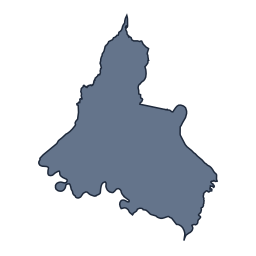 El Banco, Magdalena, Colombia (Natural Earth projection)
{"feature_id": "7082276B17236838711216", "entity_name": "El Banco", "entity_type": "district", "adm_level": 2, "iso_a3": "COL", "parent_name": "Colombia", "parent_adm1": "Magdalena", "projection": "natural_earth1", "projection_center": [-74.016, 9.144], "detail": "fine", "context": "isolated", "style": "filled", "palette": "slate", "viewbox_px": 256, "rotation_deg": 0, "n_neighbors": 0, "source": "geoboundaries", "source_scale": "gbopen_adm2", "svg_char_len": 5724}
<svg xmlns="http://www.w3.org/2000/svg" viewBox="0 0 256 256"><path d="M183.9,240.6L184.8,237.8L186.0,235.2L188.7,233.2L190.2,232.4L191.5,231.2L192.2,230.2L192.7,228.8L192.8,227.8L191.9,225.3L193.4,224.6L194.2,224.5L195.6,224.8L196.7,224.2L197.4,223.4L197.7,222.7L197.9,220.9L198.3,219.9L199.6,218.6L200.5,217.4L200.4,216.5L198.7,215.4L198.5,214.8L199.9,213.1L200.4,212.9L200.8,212.2L201.4,209.8L201.1,208.5L201.3,207.7L202.4,207.4L203.4,205.8L203.4,204.1L203.8,203.5L203.9,201.5L204.1,200.8L203.7,199.6L203.9,198.2L203.4,197.3L203.3,196.6L203.3,195.7L203.7,194.7L203.5,193.8L204.3,192.7L206.4,190.8L207.5,191.1L208.3,191.9L208.7,192.0L209.1,191.9L209.7,191.3L210.3,191.0L211.7,190.9L211.9,189.5L211.7,189.1L211.1,188.8L210.2,189.2L209.9,189.0L210.1,187.6L210.4,186.7L210.4,185.9L210.7,185.9L211.3,186.3L212.3,186.2L213.6,187.4L214.0,187.1L214.3,186.3L214.0,185.4L213.2,184.7L213.0,184.0L212.3,183.7L211.0,182.4L210.9,181.9L211.4,181.3L212.2,181.1L213.0,181.3L213.9,180.5L215.2,181.5L216.3,181.2L216.9,181.4L217.2,181.2L216.5,179.3L216.6,175.0L216.4,174.5L215.8,173.6L214.6,172.7L213.4,171.0L212.7,169.7L211.2,167.7L209.6,166.3L207.5,165.2L206.3,164.0L204.7,163.0L202.0,159.9L197.5,156.2L195.4,153.9L193.7,152.7L191.9,150.8L187.0,146.8L185.2,144.6L180.3,135.2L180.1,134.1L180.2,126.8L181.2,125.5L182.3,123.1L185.5,117.6L186.6,113.5L186.6,111.1L185.6,107.9L184.4,106.7L183.0,105.8L180.7,105.1L178.6,105.2L176.9,106.3L175.5,107.9L172.8,111.9L172.1,111.8L171.7,111.7L169.8,110.2L167.4,109.9L167.6,109.8L167.2,109.3L166.4,109.6L166.2,109.6L166.2,109.2L166.1,109.6L165.8,109.7L164.8,109.3L164.6,109.4L139.8,104.2L140.0,103.3L140.5,102.5L141.7,101.7L142.6,99.5L142.3,98.9L141.8,98.4L140.8,98.0L140.6,97.4L140.6,94.7L138.8,93.9L138.7,90.5L138.1,87.8L138.4,85.9L139.1,84.6L139.5,84.1L140.0,84.1L140.6,83.2L142.4,81.4L143.5,80.8L144.7,79.3L145.7,77.2L146.1,73.7L146.0,71.9L145.8,69.8L144.9,66.7L146.0,65.6L147.7,63.2L147.9,62.5L148.0,60.6L148.1,60.4L148.6,60.3L148.3,59.7L148.2,58.1L148.0,57.5L147.8,55.2L147.4,54.5L147.2,53.6L147.5,52.1L148.6,48.7L148.0,48.2L146.3,47.3L143.2,44.2L141.7,41.1L141.0,41.0L139.6,41.5L137.6,40.9L133.7,40.9L131.9,39.9L131.1,37.6L129.4,36.7L128.9,37.1L128.8,36.9L129.1,36.5L128.7,36.4L128.8,36.2L128.6,36.0L128.7,35.9L127.6,34.8L127.1,34.1L127.0,32.6L126.8,31.7L125.9,30.1L125.8,29.4L125.8,28.9L126.3,28.0L125.9,27.7L126.5,27.4L126.3,26.9L126.0,26.8L126.1,26.7L125.9,26.2L126.5,25.9L126.9,27.2L127.1,27.2L127.3,27.1L127.6,26.1L127.5,18.9L127.3,17.4L126.8,15.4L125.4,18.3L124.8,20.8L124.6,23.0L123.2,25.0L122.4,27.0L122.2,28.1L121.7,29.6L120.6,31.1L118.9,32.3L118.3,35.1L116.9,35.3L116.2,36.3L115.8,36.5L115.7,36.8L114.2,37.6L113.6,37.7L113.1,38.5L112.8,39.4L112.3,39.8L108.7,41.6L108.0,43.2L106.8,44.8L106.1,45.2L105.6,46.1L105.2,46.3L104.1,50.9L103.5,52.1L102.3,53.8L102.0,55.9L101.4,56.9L100.7,59.4L100.7,60.9L100.2,62.4L100.3,63.2L100.1,63.6L100.6,64.6L101.0,66.3L101.2,67.2L101.4,67.9L100.7,68.6L100.5,69.0L100.6,69.5L100.2,70.6L100.2,71.5L100.4,71.8L100.3,73.1L99.9,74.1L99.7,74.2L99.7,74.7L99.4,74.8L98.4,74.6L98.3,75.0L97.8,75.2L97.6,76.1L96.4,77.0L96.2,77.5L95.3,78.0L95.0,79.1L94.7,79.5L94.8,80.4L94.2,80.5L93.8,81.8L93.9,82.3L93.7,82.4L93.7,82.9L93.1,84.5L92.7,85.0L92.3,84.8L92.2,85.2L91.8,85.2L91.7,85.5L90.9,85.1L90.8,85.4L90.2,85.1L88.9,85.4L88.7,85.8L88.0,85.8L87.8,86.5L87.3,86.6L87.1,86.8L87.2,87.0L87.1,87.4L87.0,87.5L86.7,87.2L86.0,87.2L85.8,86.4L85.0,86.4L84.8,86.1L84.4,86.1L84.2,85.4L83.9,85.3L83.4,85.6L83.2,86.7L81.3,88.5L80.8,91.8L81.4,93.0L81.5,94.3L81.2,95.7L82.0,98.8L81.8,99.1L80.7,98.7L79.8,99.2L80.0,100.1L79.7,102.6L79.1,102.6L78.7,102.4L78.6,102.9L78.0,103.0L77.7,103.4L76.9,103.7L76.8,104.0L77.0,104.9L78.2,105.3L78.5,112.4L77.6,119.1L75.8,121.3L75.2,122.6L75.2,123.7L75.5,124.4L75.2,125.5L72.3,129.1L69.8,131.6L67.1,133.6L66.1,134.0L61.9,137.9L58.5,140.6L56.8,143.6L43.2,154.8L39.9,158.3L40.1,158.8L40.0,159.6L38.8,162.0L38.9,163.6L39.7,165.0L41.1,165.8L42.4,166.2L46.6,166.5L47.9,167.1L48.4,167.6L48.5,168.2L48.0,170.7L47.9,173.4L48.4,174.8L49.1,175.3L50.6,175.6L52.2,175.3L53.2,174.7L54.8,173.2L56.9,171.9L58.2,171.3L59.3,171.2L59.6,171.8L59.9,174.4L60.5,175.7L62.6,177.4L66.6,179.3L67.1,179.9L67.1,181.1L66.4,182.3L65.4,182.8L64.4,182.9L61.5,182.2L60.2,182.1L58.5,182.5L57.1,183.2L56.1,184.3L55.5,185.5L55.5,187.7L56.0,189.1L57.7,190.5L59.0,191.0L61.0,191.2L62.3,190.9L63.7,190.0L64.8,188.6L65.3,187.7L65.8,185.4L66.3,184.5L67.7,183.9L69.4,183.9L69.9,184.4L70.7,186.7L71.2,189.2L72.5,191.5L72.7,192.9L73.2,194.1L74.1,195.2L75.0,195.7L75.5,196.8L75.9,197.3L76.8,197.8L77.9,198.0L78.8,197.9L80.6,197.0L83.3,193.2L85.8,191.9L87.3,192.2L89.1,193.9L90.5,194.8L94.2,196.1L95.6,196.0L95.5,195.8L98.7,194.4L99.9,193.5L100.3,192.7L100.7,188.5L101.2,185.9L101.9,184.1L103.1,182.7L104.9,181.9L105.4,182.0L105.9,182.8L106.1,183.7L105.9,186.3L106.2,187.6L107.1,189.6L107.6,190.3L109.5,191.9L112.2,192.6L113.2,192.4L114.6,191.2L116.4,189.1L118.1,188.6L118.9,188.8L120.1,189.5L120.9,190.6L121.4,192.5L122.1,194.0L123.9,196.4L124.0,196.2L125.0,197.3L129.0,200.3L129.2,200.9L129.0,201.7L128.1,201.9L127.1,201.7L125.5,200.7L123.9,200.1L122.5,200.1L121.7,200.3L121.0,200.8L120.0,202.4L119.7,204.3L120.2,206.6L121.2,208.6L121.8,208.5L124.2,207.8L125.3,207.9L126.3,208.2L128.1,209.6L129.6,212.4L132.5,214.9L133.0,214.3L133.2,213.4L136.4,211.1L136.8,210.6L137.4,209.2L139.5,208.3L141.1,208.3L142.3,208.6L142.9,209.1L143.1,209.7L145.4,210.0L146.2,210.3L147.7,211.5L150.2,214.0L151.1,214.5L155.9,215.9L157.4,217.2L159.1,217.9L160.6,218.3L162.2,218.3L164.1,217.8L167.2,216.7L168.3,216.5L168.8,216.6L169.9,217.4L171.7,218.2L176.5,224.4L178.1,224.5L179.2,224.9L181.0,226.0L182.6,227.6L184.1,230.5L184.8,233.2L184.8,234.9L183.9,240.6Z" fill="#64748b" stroke="#1e293b" stroke-width="1.5"/></svg>